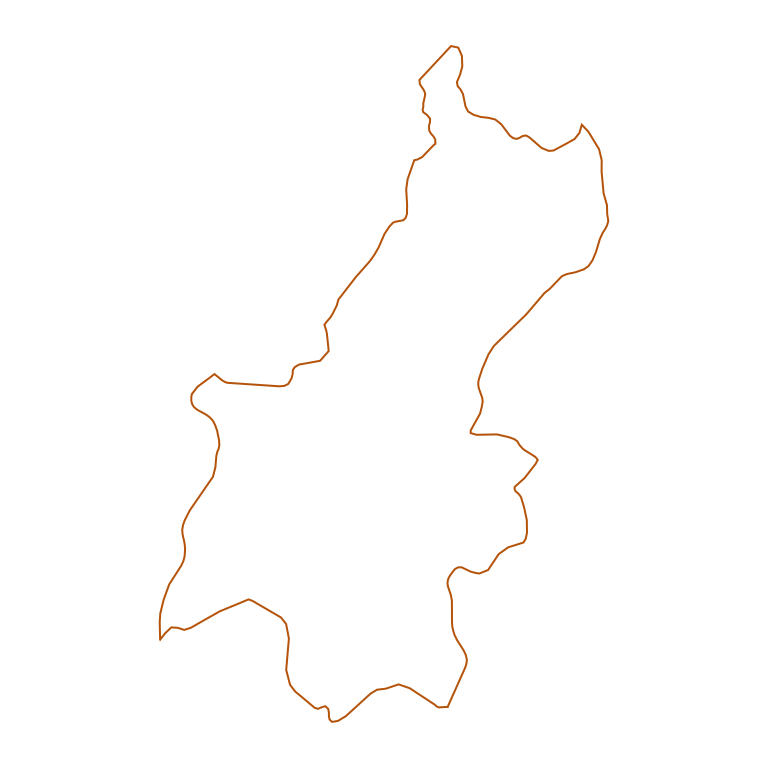 map outline of Janakpur (Robinson projection)
{"feature_id": "NPL-1131", "entity_name": "Janakpur", "entity_type": "Administrative Zone", "adm_level": 1, "iso_a3": "NPL", "parent_name": "Nepal", "parent_adm1": "", "projection": "robinson", "projection_center": [86.017, 27.361], "detail": "fine", "context": "isolated", "style": "outline", "palette": "amber", "viewbox_px": 768, "rotation_deg": 0, "n_neighbors": 0, "source": "natural_earth", "source_scale": "10m", "svg_char_len": 3184}
<svg xmlns="http://www.w3.org/2000/svg" viewBox="0 0 768 768"><path d="M451.0,46.1L458.3,47.6L461.9,55.9L462.3,66.4L460.0,74.9L456.9,82.1L457.7,86.1L460.4,89.3L463.0,94.1L465.5,106.4L468.1,111.5L473.4,114.7L473.5,114.7L473.6,114.8L480.9,117.0L488.4,117.8L495.3,119.5L501.3,124.3L509.8,135.6L513.3,138.2L516.8,138.9L519.8,137.7L522.7,136.0L526.1,135.5L529.3,137.3L541.5,147.9L548.7,150.9L553.6,150.5L566.8,143.4L574.6,139.0L579.5,132.8L581.8,124.7L588.4,131.7L599.1,149.3L601.7,160.2L601.6,171.7L603.6,193.3L607.0,205.3L607.2,214.1L608.3,221.1L607.0,225.5L605.3,228.8L602.6,233.0L599.8,239.2L596.1,251.6L592.5,260.3L588.5,266.1L583.9,269.3L575.3,272.3L567.6,273.9L564.2,275.1L561.6,276.5L549.8,288.8L544.5,293.0L526.4,314.2L494.0,345.8L488.5,354.3L482.3,368.7L479.2,378.2L478.3,381.9L478.3,385.4L478.9,388.5L482.2,397.8L482.7,401.4L481.8,406.7L480.1,413.5L470.7,430.4L470.7,433.1L476.6,434.8L496.9,434.4L508.6,437.1L514.0,439.0L517.1,441.1L519.4,444.9L522.2,448.1L523.8,449.6L535.2,456.8L536.7,458.5L537.7,459.9L535.6,463.9L524.6,478.0L514.7,486.9L514.6,489.3L515.7,491.4L517.6,492.9L519.3,494.7L521.0,497.1L524.2,507.8L526.8,520.1L527.0,532.6L525.7,538.8L523.5,542.5L508.2,547.3L498.7,554.1L488.1,570.0L479.4,573.5L475.9,573.0L471.1,571.8L461.6,567.3L458.3,567.3L455.0,569.0L450.2,575.2L448.5,578.3L447.7,581.0L447.5,583.9L448.0,586.5L450.9,595.3L451.9,600.7L452.0,622.0L452.3,626.5L453.2,630.7L454.8,635.6L457.2,640.3L463.8,650.7L465.7,654.7L466.9,659.8L466.4,663.8L465.2,667.6L448.2,705.7L447.8,706.8L447.7,707.0L447.2,706.9L438.9,707.4L436.6,706.4L434.8,704.7L409.7,688.2L398.6,684.4L385.7,688.7L377.1,689.7L370.7,693.5L345.9,716.1L338.0,720.9L332.1,721.9L329.6,719.5L328.9,716.2L328.9,712.5L328.2,708.9L325.3,706.2L321.8,707.2L318.1,708.8L314.8,707.9L295.2,691.5L290.1,684.9L286.2,669.9L288.9,638.5L286.1,624.0L281.0,617.5L252.5,600.9L248.6,599.4L219.8,611.3L203.9,620.3L190.8,627.8L184.2,629.9L177.6,627.8L171.3,627.4L165.2,633.2L160.2,639.6L160.1,639.4L159.7,622.0L160.3,613.4L163.6,599.9L169.2,584.4L181.1,565.9L183.3,561.3L184.6,556.4L185.1,548.9L184.6,543.6L183.8,539.6L183.1,537.1L182.5,533.4L182.2,530.1L183.0,525.2L184.7,520.3L189.9,510.2L213.0,476.7L215.4,467.2L216.3,456.3L217.0,453.0L217.7,450.8L218.6,449.0L219.3,445.4L219.1,440.5L217.1,430.6L215.1,425.0L213.1,421.1L211.3,418.9L209.1,416.8L206.2,414.7L197.3,409.8L194.1,407.2L192.3,404.5L191.3,400.8L191.3,397.0L191.9,394.0L197.6,386.7L214.5,374.1L222.4,380.5L224.7,381.8L227.2,382.8L279.4,386.3L284.3,385.9L288.3,383.9L291.6,378.2L292.7,373.8L292.8,370.1L294.7,367.2L298.9,364.6L320.1,360.8L328.7,351.0L326.9,333.7L326.4,331.1L324.5,325.1L324.4,325.0L324.4,324.8L326.3,322.1L330.3,317.6L332.7,313.7L336.7,305.6L338.4,299.6L355.7,277.2L369.9,261.1L374.3,254.9L378.7,247.3L384.5,233.9L389.5,226.4L393.0,222.7L395.2,221.8L403.4,220.2L405.7,217.8L407.0,213.7L407.1,204.5L406.2,189.4L407.6,179.2L414.3,160.2L416.9,159.7L421.9,157.3L433.4,145.4L435.4,143.7L435.2,139.3L433.4,136.3L431.0,133.7L429.2,130.5L429.0,125.8L430.0,122.1L430.1,118.7L426.9,114.8L423.2,112.1L422.6,109.6L423.3,106.9L423.3,103.4L424.9,96.2L425.2,94.0L424.1,90.6L419.9,84.2L419.4,80.0L451.0,46.1Z" fill="none" stroke="#b45309" stroke-width="2"/></svg>